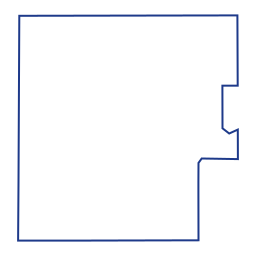 the district of Marquette, Wisconsin, United States of America
{"feature_id": "52423323B3939200165575", "entity_name": "Marquette", "entity_type": "district", "adm_level": 2, "iso_a3": "USA", "parent_name": "United States of America", "parent_adm1": "Wisconsin", "projection": "equal_earth", "projection_center": [-89.29, 43.813], "detail": "fine", "context": "isolated", "style": "outline", "palette": "blue", "viewbox_px": 256, "rotation_deg": 0, "n_neighbors": 0, "source": "geoboundaries", "source_scale": "gbopen_adm2", "svg_char_len": 322}
<svg xmlns="http://www.w3.org/2000/svg" viewBox="0 0 256 256"><path d="M237.4,15.4L19.3,15.8L18.5,182.2L18.1,240.6L77.2,240.6L198.5,240.3L198.4,192.1L198.4,182.3L198.5,162.9L201.7,158.5L237.9,159.1L237.8,129.6L229.2,133.5L222.5,128.3L222.4,85.7L237.7,85.7L237.4,15.4Z" fill="none" stroke="#1e3a8a" stroke-width="2"/></svg>